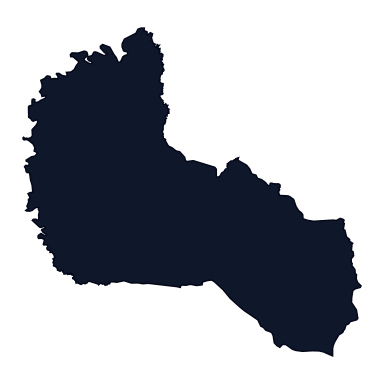 Non Khun, Si Sa Ket, Thailand
{"feature_id": "78962969B12242919423404", "entity_name": "Non Khun", "entity_type": "district", "adm_level": 2, "iso_a3": "THA", "parent_name": "Thailand", "parent_adm1": "Si Sa Ket", "projection": "orthographic", "projection_center": [104.683, 14.916], "detail": "fine", "context": "isolated", "style": "filled", "palette": "ink", "viewbox_px": 384, "rotation_deg": 0, "n_neighbors": 0, "source": "geoboundaries", "source_scale": "gbopen_adm2", "svg_char_len": 5781}
<svg xmlns="http://www.w3.org/2000/svg" viewBox="0 0 384 384"><path d="M332.6,355.9L332.6,348.5L333.2,345.5L334.5,342.2L338.9,334.7L341.7,333.2L343.2,331.7L343.1,331.1L344.7,329.1L346.0,324.9L348.5,324.0L350.2,321.6L356.7,319.8L357.8,318.4L356.4,309.9L351.5,302.5L351.7,297.5L352.8,290.6L355.4,288.7L360.3,287.4L361.0,285.8L357.5,282.4L356.2,278.6L356.5,274.6L355.2,273.6L354.9,269.6L351.8,265.4L352.2,263.6L351.3,262.3L351.2,258.4L352.4,257.6L353.6,255.6L353.2,251.9L351.4,250.6L352.0,244.1L352.7,243.3L349.4,241.2L349.1,240.7L349.7,239.9L349.4,239.3L347.5,237.6L346.6,237.4L344.9,230.2L343.3,229.3L344.3,223.4L343.5,222.8L343.3,221.7L344.1,220.3L343.0,219.3L340.1,218.4L336.3,220.5L333.1,220.1L313.6,221.3L307.8,220.4L303.0,218.8L302.7,214.6L301.3,212.7L298.7,210.7L296.0,206.5L293.6,199.4L290.0,196.8L288.0,195.9L278.8,195.4L279.2,194.0L278.4,192.0L279.6,189.9L279.0,187.5L279.2,186.9L280.1,187.0L280.0,184.9L278.7,183.9L274.9,183.9L271.1,183.2L270.3,183.3L269.9,185.4L267.8,185.5L265.5,182.6L261.5,179.6L257.5,178.4L256.0,175.2L251.8,173.9L249.6,168.9L246.6,165.2L238.5,160.6L238.0,159.5L238.5,157.7L235.6,158.8L235.3,160.1L234.4,159.8L232.4,161.2L231.0,161.0L227.2,164.0L227.6,164.7L227.0,166.1L227.5,166.7L227.2,168.4L226.5,169.1L225.5,169.1L223.7,171.9L221.8,172.8L219.6,176.6L217.0,177.3L216.3,175.6L216.3,169.2L214.8,167.3L193.3,160.7L186.6,161.6L185.3,160.3L184.7,157.3L179.7,151.8L175.9,150.9L172.4,148.0L168.3,146.0L165.3,140.7L165.6,139.6L164.4,138.7L163.4,138.8L163.2,136.2L162.3,135.8L163.3,134.4L162.2,131.5L163.1,129.7L163.1,126.0L163.7,124.2L164.4,124.0L164.1,123.5L164.8,123.5L165.3,122.4L165.6,120.7L164.9,119.9L166.4,118.4L165.6,117.7L165.7,115.7L166.6,115.4L166.4,115.9L167.1,115.9L167.1,113.9L167.8,112.7L168.2,113.3L168.9,113.2L168.7,110.2L168.1,109.9L169.0,109.2L167.2,108.1L167.2,106.6L167.8,105.4L166.8,105.4L165.7,103.9L165.2,104.7L163.4,104.3L162.9,103.4L163.4,102.6L162.6,101.3L162.9,100.5L161.4,99.5L160.4,97.6L159.6,97.3L160.2,94.4L161.9,94.5L162.7,94.0L162.9,93.3L162.3,92.5L162.5,90.6L161.9,89.9L162.8,88.5L162.3,87.0L163.0,85.8L163.1,83.7L160.9,83.2L159.3,81.1L160.1,80.0L159.7,78.1L160.6,74.7L162.2,73.8L162.4,71.2L163.4,71.2L164.0,70.0L162.5,66.7L163.3,64.7L161.9,64.9L162.0,64.3L162.6,64.1L162.6,63.0L161.6,62.1L161.0,60.7L161.1,58.9L162.2,59.5L161.9,57.2L162.7,56.7L162.9,54.6L161.3,53.4L160.0,53.5L159.3,53.0L160.0,51.1L159.3,49.9L159.9,49.4L160.0,48.5L158.5,48.7L157.8,47.1L159.2,45.3L158.3,45.4L157.2,44.6L156.5,47.1L154.4,46.5L155.2,44.3L153.0,43.0L151.4,37.8L152.6,33.9L150.4,32.7L147.3,35.1L146.9,34.1L147.2,32.0L144.1,30.5L144.3,28.1L141.0,28.1L138.0,29.2L135.9,33.3L124.5,39.1L122.2,43.7L122.1,46.7L123.5,50.7L124.4,51.3L127.3,51.8L127.8,53.4L127.0,54.9L124.7,55.5L122.8,56.9L121.0,61.0L119.5,62.4L118.5,62.3L117.9,61.7L116.3,57.7L113.7,54.2L109.8,47.2L102.6,44.5L100.4,46.2L100.4,48.0L104.5,52.6L106.8,53.6L106.8,54.4L104.1,55.7L96.8,52.3L95.1,51.9L93.9,52.2L91.9,55.7L88.5,56.6L87.6,58.0L87.7,59.2L89.0,60.8L91.4,61.4L92.0,62.7L91.8,63.6L90.5,63.7L88.3,63.0L84.2,60.4L84.0,59.4L84.6,58.2L87.4,55.8L87.7,54.9L86.9,52.2L85.5,51.4L84.0,51.2L78.3,53.1L72.0,52.9L70.4,54.5L70.7,56.7L73.1,56.8L78.7,61.6L78.4,63.0L76.6,65.2L74.2,69.6L71.1,72.0L66.4,72.4L67.2,75.0L66.5,76.2L62.5,75.7L59.0,73.4L56.8,73.4L56.3,74.0L57.9,76.2L58.1,78.1L57.8,78.8L54.1,78.5L51.0,79.1L50.0,76.5L47.5,75.9L46.3,76.5L44.7,78.4L40.8,80.3L42.1,85.0L42.0,88.1L39.5,91.7L41.3,93.8L42.0,96.5L45.6,95.7L45.4,98.2L40.4,100.5L38.8,101.8L36.6,102.4L34.5,102.2L34.9,99.6L33.6,99.0L32.2,99.4L31.9,102.1L32.2,105.0L29.0,106.1L28.5,107.1L28.7,117.3L30.9,118.7L31.7,120.2L33.1,121.2L36.7,119.8L37.6,120.7L37.7,122.4L36.1,125.4L32.1,129.7L32.4,135.6L31.5,137.2L28.5,138.6L27.0,138.2L25.1,138.4L23.5,137.3L23.0,138.0L23.1,139.0L24.1,139.9L26.0,139.5L28.2,140.1L33.0,143.9L34.9,147.6L34.2,151.1L36.1,152.0L37.3,153.4L35.0,156.0L31.3,156.9L26.1,160.2L26.2,161.1L28.8,162.2L29.2,164.0L28.6,165.6L25.6,165.4L24.5,166.8L25.6,168.5L26.2,171.7L27.2,172.6L28.7,172.5L29.7,173.5L30.6,180.1L32.1,185.0L32.8,192.3L30.1,192.6L28.0,193.7L30.1,197.6L28.4,199.7L28.7,201.9L26.9,206.4L28.5,208.3L25.7,210.5L26.6,211.0L29.9,211.1L32.1,210.4L35.3,207.8L37.8,207.2L38.7,207.7L38.3,209.2L39.4,211.5L38.6,214.9L38.8,218.1L38.3,220.1L37.7,220.4L35.9,219.2L33.3,219.3L32.3,220.4L39.7,227.2L40.9,227.4L43.9,226.5L45.4,227.3L44.9,228.4L41.9,229.4L41.6,230.1L43.3,232.6L46.0,233.8L46.0,235.1L44.4,235.5L40.9,233.5L38.2,235.5L38.0,237.3L38.6,238.4L41.5,238.2L44.2,239.3L44.3,240.8L43.3,244.4L44.0,245.0L45.6,244.7L47.7,245.3L47.9,246.3L46.9,247.9L47.1,249.3L48.2,250.2L50.3,250.2L50.0,252.4L52.1,252.3L53.9,254.8L54.8,257.7L53.0,258.8L53.8,260.7L53.0,262.6L53.9,264.0L53.5,265.8L55.4,266.5L57.2,268.1L57.5,270.1L60.0,271.2L61.7,270.5L63.1,270.6L62.7,271.8L63.9,273.0L63.9,274.0L65.9,274.0L67.3,273.1L67.7,274.4L69.6,274.2L69.5,273.5L70.2,272.9L70.8,274.0L71.6,273.6L71.6,274.8L72.6,275.1L73.3,274.6L73.6,275.9L74.6,276.3L74.2,277.0L72.7,277.7L72.8,278.6L75.3,279.8L75.4,280.3L74.6,280.1L75.7,281.0L76.1,283.1L77.0,282.7L81.0,284.4L83.7,283.0L85.0,283.8L87.1,282.8L88.1,281.4L89.3,281.2L97.8,283.9L98.6,284.8L100.8,282.8L102.3,284.1L103.9,283.8L105.1,285.2L107.4,284.7L108.3,283.5L109.3,283.7L109.2,282.8L110.0,283.0L111.1,281.6L113.6,281.9L114.4,281.5L115.2,282.1L116.9,282.2L124.0,280.7L131.3,283.0L138.4,282.9L142.5,283.7L148.4,283.3L176.9,286.6L180.3,287.4L181.1,285.1L186.4,285.2L190.4,284.3L196.6,285.5L202.1,284.8L202.5,282.0L207.6,280.5L211.6,280.0L214.4,281.7L223.1,289.7L230.3,298.4L240.3,307.4L244.7,310.9L257.9,319.9L260.8,326.1L263.5,327.5L265.8,330.2L270.8,332.0L271.9,332.9L273.2,335.7L274.3,342.8L276.9,345.6L279.8,347.3L282.6,344.4L285.8,344.5L292.4,349.2L295.7,350.4L302.5,351.3L312.5,350.7L319.3,350.9L323.5,351.9L332.6,355.9Z" fill="#0f172a" stroke="#020617" stroke-width="1.5"/></svg>